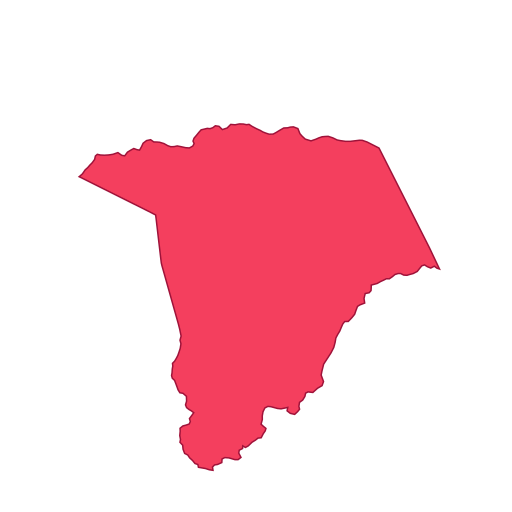 outline of Hidrolândia, Ceará, Brazil, rotated 60°
{"feature_id": "56859067B78038881550930", "entity_name": "Hidrolândia", "entity_type": "district", "adm_level": 2, "iso_a3": "BRA", "parent_name": "Brazil", "parent_adm1": "Ceará", "projection": "mercator", "projection_center": [-40.387, -4.435], "detail": "fine", "context": "isolated", "style": "filled", "palette": "rose", "viewbox_px": 512, "rotation_deg": 60, "n_neighbors": 0, "source": "geoboundaries", "source_scale": "gbopen_adm2", "svg_char_len": 3131}
<svg xmlns="http://www.w3.org/2000/svg" viewBox="0 0 512 512"><g transform="rotate(60 256 256)"><path d="M404.5,291.5L404.1,287.6L402.1,283.9L399.6,281.6L399.7,278.9L402.6,275.0L401.3,268.8L401.3,263.6L398.5,260.3L391.7,259.1L388.6,256.4L383.5,251.5L377.4,239.5L374.1,234.4L370.4,230.7L366.9,227.8L364.7,224.3L362.9,221.0L360.9,218.4L358.3,214.9L357.1,212.0L358.8,208.8L357.4,203.9L355.8,199.7L353.0,196.5L350.4,193.3L350.3,190.5L351.1,185.4L346.8,183.7L343.1,180.2L344.4,176.4L343.5,173.7L341.1,172.1L338.8,170.7L339.6,167.8L340.4,164.7L340.4,160.8L340.7,157.7L340.9,154.4L342.4,152.0L342.1,148.2L341.5,144.9L342.2,141.8L343.5,139.5L346.4,137.6L348.2,134.9L348.8,132.3L349.8,128.6L350.0,124.1L348.7,120.8L347.4,117.4L348.0,114.5L351.0,112.9L353.8,110.7L354.0,106.7L357.0,105.4L359.0,103.6L335.7,101.7L224.0,95.5L212.8,102.8L209.0,106.1L207.5,108.5L203.9,116.9L201.5,121.1L198.3,125.2L196.1,127.7L192.1,130.4L188.5,133.6L187.1,136.3L185.8,139.1L185.1,142.6L184.8,145.7L183.8,150.8L179.4,154.9L175.1,156.2L172.0,156.8L166.6,156.0L162.9,159.0L161.5,161.9L160.8,164.5L159.0,168.0L159.0,172.7L159.1,177.0L159.0,180.2L157.1,183.7L154.3,186.2L151.9,188.1L149.4,189.5L145.9,192.0L141.6,194.7L138.5,196.2L137.5,198.6L135.3,201.1L133.3,204.4L131.9,208.5L129.4,212.1L130.7,217.0L129.7,221.9L125.2,223.2L122.9,226.1L123.3,229.3L122.7,232.2L121.1,234.4L120.3,237.1L119.3,240.4L120.3,243.5L121.5,246.6L123.0,250.8L125.0,253.1L127.7,253.4L129.2,255.8L129.1,259.7L127.0,262.8L123.8,266.3L121.3,269.2L120.3,272.3L118.7,275.2L116.3,277.3L112.6,279.5L109.3,282.6L107.7,284.9L106.1,287.5L102.6,289.1L101.3,293.1L101.9,297.4L104.1,300.5L106.1,303.9L104.4,305.9L101.8,308.1L101.7,311.2L101.8,315.4L103.6,319.6L101.7,321.9L97.4,323.9L96.4,329.0L94.9,332.9L92.9,336.9L90.7,340.3L88.6,342.6L89.1,345.1L91.7,347.5L93.4,351.4L94.2,354.4L95.3,357.5L96.0,360.9L98.1,365.3L98.9,369.5L163.3,326.9L170.3,322.4L173.4,323.7L209.1,339.1L214.7,341.5L217.4,342.3L276.0,357.2L281.3,358.7L287.9,360.9L290.9,363.9L294.5,364.9L298.1,367.8L300.8,370.8L303.1,373.5L304.8,376.2L306.4,379.1L307.2,382.0L309.7,383.1L312.0,385.0L315.3,387.2L317.3,388.9L320.0,389.6L323.0,388.7L326.7,389.3L330.2,389.9L332.9,390.4L336.4,390.3L338.4,387.9L342.7,386.4L347.0,388.7L349.7,391.5L352.6,391.9L355.4,390.8L357.8,389.4L360.6,388.3L362.0,391.4L363.5,394.9L366.6,395.7L368.1,397.9L367.5,401.0L366.6,404.3L367.2,407.9L369.9,409.3L373.4,411.8L377.1,413.1L379.3,415.0L383.2,414.1L386.9,415.8L391.3,416.5L394.2,414.6L397.6,414.4L401.4,413.2L405.2,412.6L407.5,410.6L410.2,411.5L414.8,406.0L417.8,403.3L420.1,400.4L417.0,399.2L416.2,396.4L417.3,393.6L417.8,388.9L414.8,386.9L415.0,383.8L417.3,380.4L421.8,376.1L423.4,373.3L422.9,369.7L418.1,369.5L415.8,367.6L416.0,363.9L413.8,362.4L416.5,360.9L416.6,357.7L415.3,352.6L415.2,348.6L414.7,345.3L416.0,342.4L413.5,338.5L412.1,335.5L410.3,333.6L407.1,334.8L404.2,335.7L400.8,332.3L397.6,330.5L394.4,327.8L392.0,324.3L392.2,320.9L394.0,318.4L396.5,315.9L398.8,313.6L400.9,310.7L401.9,307.7L403.0,304.2L405.6,306.5L409.4,305.0L412.5,301.7L411.6,297.8L410.5,294.9L407.6,294.0L404.5,291.5Z" fill="#f43f5e" stroke="#9f1239" stroke-width="1.5"/></g></svg>